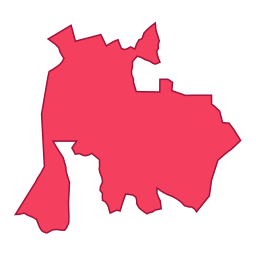 Nossa Senhora de Nazaré, Piauí, Brazil
{"feature_id": "56859067B20715695803450", "entity_name": "Nossa Senhora de Nazaré", "entity_type": "district", "adm_level": 2, "iso_a3": "BRA", "parent_name": "Brazil", "parent_adm1": "Piauí", "projection": "natural_earth1", "projection_center": [-42.193, -4.64], "detail": "fine", "context": "isolated", "style": "filled", "palette": "rose", "viewbox_px": 256, "rotation_deg": 0, "n_neighbors": 0, "source": "geoboundaries", "source_scale": "gbopen_adm2", "svg_char_len": 2011}
<svg xmlns="http://www.w3.org/2000/svg" viewBox="0 0 256 256"><path d="M71.1,25.3L48.1,39.0L50.4,40.6L54.8,43.8L58.8,47.7L59.9,51.6L61.6,54.7L63.9,58.4L62.1,61.9L59.4,64.8L56.6,66.9L52.3,69.7L49.2,71.5L48.0,76.7L47.1,81.8L41.6,114.0L44.4,166.5L40.9,173.0L37.4,178.4L35.7,181.9L15.4,214.5L19.2,214.3L22.0,213.5L24.7,213.4L27.4,215.0L32.9,217.3L36.5,219.5L39.6,227.3L41.7,230.6L43.8,232.0L46.8,233.0L52.7,229.8L56.8,229.5L61.2,230.1L64.6,230.2L66.4,228.0L68.8,222.7L68.9,216.7L68.5,202.7L69.5,182.7L66.1,171.4L65.9,167.4L63.2,157.7L60.0,152.8L55.3,145.2L53.1,141.1L76.6,141.1L71.9,147.9L75.3,154.2L79.5,153.6L83.6,155.5L86.2,155.7L89.0,154.8L91.8,153.4L99.4,159.6L99.6,165.9L99.2,169.0L99.9,172.5L102.0,178.0L102.5,182.2L100.4,186.8L100.1,190.4L102.4,193.2L102.3,196.2L102.5,200.4L105.3,201.7L107.3,204.5L108.5,207.0L109.3,210.4L110.1,213.1L116.8,210.1L120.1,211.0L122.3,203.6L125.7,193.9L133.1,195.1L136.1,197.6L136.7,201.0L136.8,203.8L138.0,206.2L139.6,208.4L143.7,211.6L146.9,213.8L150.1,212.4L152.9,211.8L154.8,210.1L158.0,209.5L161.2,208.8L160.3,201.0L158.6,197.6L156.9,193.0L157.0,188.1L161.4,191.2L163.9,192.7L167.4,194.5L172.5,196.5L176.5,198.7L179.9,201.1L182.2,203.1L184.4,205.6L189.1,207.0L191.9,207.0L194.9,209.3L196.5,211.8L209.3,195.9L210.1,190.5L211.6,179.8L217.9,160.2L224.3,154.6L227.2,152.2L231.5,149.1L240.6,140.5L233.9,129.7L229.0,123.1L222.6,122.7L219.7,111.3L215.1,106.9L211.6,104.0L211.5,95.2L194.5,95.2L185.4,95.4L171.7,90.6L172.6,82.4L168.0,79.3L159.9,79.3L159.8,92.0L136.2,91.6L135.1,87.7L133.6,82.9L133.4,78.9L131.7,74.9L131.5,71.1L132.4,67.0L132.6,61.5L137.1,56.2L141.1,57.3L144.9,59.5L150.0,61.3L152.9,63.3L155.3,64.1L160.0,62.2L158.5,58.6L157.1,54.0L156.8,50.7L158.5,48.4L158.1,44.8L159.3,40.9L155.9,29.9L155.3,23.0L150.8,26.4L147.2,29.6L144.0,33.0L142.0,38.8L139.0,39.8L136.7,43.9L134.8,49.0L130.6,46.9L126.7,49.0L124.2,49.5L121.4,48.4L119.1,43.0L118.1,39.8L115.5,40.6L111.4,42.7L106.3,45.9L100.8,34.6L75.4,41.2L71.1,25.3Z" fill="#f43f5e" stroke="#9f1239" stroke-width="1.5"/></svg>